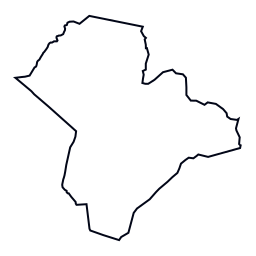 M'bout, Gorgol, Mauritania (orthographic projection)
{"feature_id": "47542326B11221851845412", "entity_name": "M'bout", "entity_type": "district", "adm_level": 2, "iso_a3": "MRT", "parent_name": "Mauritania", "parent_adm1": "Gorgol", "projection": "orthographic", "projection_center": [-12.565, 16.012], "detail": "fine", "context": "isolated", "style": "outline", "palette": "ink", "viewbox_px": 256, "rotation_deg": 0, "n_neighbors": 0, "source": "geoboundaries", "source_scale": "gbopen_adm2", "svg_char_len": 1657}
<svg xmlns="http://www.w3.org/2000/svg" viewBox="0 0 256 256"><path d="M67.5,22.7L66.8,25.0L64.8,25.5L64.4,26.5L65.1,28.6L64.9,30.3L64.1,31.8L63.2,34.1L61.0,35.3L60.2,35.5L58.9,35.5L58.4,35.8L56.8,36.3L56.5,37.0L56.5,37.9L57.5,40.5L56.9,41.3L54.0,41.3L53.7,41.6L51.9,42.6L50.7,42.5L49.6,43.1L48.5,44.5L47.6,47.2L46.2,49.3L44.1,52.1L43.3,52.8L42.7,54.1L41.6,55.8L40.6,57.4L39.4,59.6L37.8,60.9L37.1,62.1L36.9,63.5L36.6,65.0L36.1,66.5L34.5,67.5L29.6,75.6L25.0,76.7L21.9,77.0L15.4,77.8L31.3,91.1L34.2,94.3L48.0,106.1L76.1,131.2L75.4,136.7L73.6,141.8L70.2,147.3L66.3,164.8L65.2,171.7L64.5,175.4L63.8,177.9L63.3,179.3L62.4,183.7L62.2,184.9L62.6,187.3L64.8,189.8L66.6,190.8L66.7,192.3L67.8,193.3L68.7,193.3L71.3,196.9L74.8,201.0L75.6,201.9L75.8,203.7L76.5,204.8L76.9,204.8L86.5,204.2L89.5,228.8L90.3,230.5L103.3,235.1L119.1,240.1L121.2,237.0L128.4,232.8L133.7,212.9L137.0,208.5L149.7,199.3L156.0,192.1L159.3,188.7L167.4,181.9L172.3,177.2L177.4,172.9L179.4,168.3L181.0,163.6L185.4,160.0L188.7,157.7L191.1,158.0L193.4,158.3L196.4,156.1L198.3,154.5L208.1,156.9L240.1,148.0L240.6,145.5L240.4,145.5L239.1,144.0L239.7,137.3L236.4,130.4L236.0,128.3L238.5,118.9L237.0,119.9L230.6,119.0L227.2,116.6L226.6,113.2L223.1,109.1L215.9,103.9L207.7,102.4L204.5,104.8L196.3,100.7L190.8,100.6L186.4,95.0L186.4,87.2L185.9,77.7L182.9,74.3L176.0,73.3L172.5,69.7L163.0,72.2L154.5,79.8L148.2,83.8L145.3,83.8L142.4,83.0L143.0,78.6L143.7,74.7L142.8,71.0L145.8,69.6L145.8,63.6L148.7,54.6L146.9,48.1L145.9,48.2L145.8,44.7L144.7,39.4L145.9,37.9L143.8,36.1L141.1,31.2L142.8,26.7L97.2,17.5L89.3,15.9L79.5,23.8L73.6,21.5L69.6,21.7L67.5,22.7Z" fill="none" stroke="#020617" stroke-width="2"/></svg>